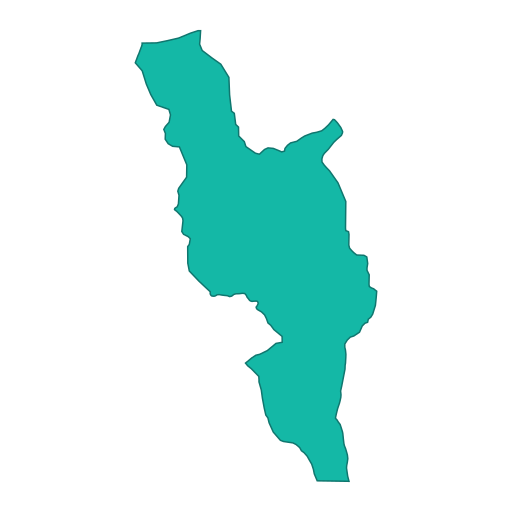 Bouar, Nana-Mambéré, Central African Republic (Robinson projection)
{"feature_id": "33826404B23664805641311", "entity_name": "Bouar", "entity_type": "district", "adm_level": 2, "iso_a3": "CAF", "parent_name": "Central African Republic", "parent_adm1": "Nana-Mambéré", "projection": "robinson", "projection_center": [15.492, 5.917], "detail": "fine", "context": "isolated", "style": "filled", "palette": "teal", "viewbox_px": 512, "rotation_deg": 0, "n_neighbors": 0, "source": "geoboundaries", "source_scale": "gbopen_adm2", "svg_char_len": 3460}
<svg xmlns="http://www.w3.org/2000/svg" viewBox="0 0 512 512"><path d="M259.0,381.9L261.3,390.0L262.4,398.1L264.2,407.9L265.8,415.0L267.9,417.9L269.1,422.8L273.3,432.1L280.4,440.3L283.5,441.5L287.6,442.1L292.9,442.9L296.1,444.5L299.7,447.6L301.4,450.7L304.1,452.7L307.2,456.2L309.2,459.8L311.7,464.1L313.4,469.3L314.3,473.9L317.2,480.8L349.0,481.3L347.7,476.3L346.5,468.0L346.7,465.5L347.3,462.4L347.8,458.7L347.4,455.0L346.6,452.1L345.6,448.7L344.4,445.7L343.9,443.6L343.3,438.5L343.1,436.3L342.8,433.5L342.5,431.9L341.5,428.7L340.6,425.9L340.1,424.4L338.2,421.9L337.0,419.9L335.5,418.3L335.7,416.8L336.4,413.6L337.6,408.7L338.4,406.3L339.4,403.4L340.1,400.7L340.8,397.4L341.0,394.9L340.8,392.8L340.6,391.0L341.7,386.1L345.0,369.1L345.1,365.5L345.5,363.1L345.6,361.1L345.8,357.6L345.9,354.4L345.6,351.3L345.4,349.7L344.8,347.3L344.8,344.0L347.3,340.0L350.3,337.1L353.8,336.0L359.5,332.2L361.5,327.7L362.2,326.0L365.0,323.2L367.6,322.3L368.3,319.2L370.8,317.2L372.7,314.1L375.0,306.7L375.4,305.4L375.8,301.6L376.1,298.5L376.4,295.2L376.7,291.2L374.6,289.6L373.7,288.8L371.4,287.9L369.3,286.5L369.0,284.3L369.2,274.8L368.2,272.8L367.0,270.3L367.0,267.9L367.7,263.5L366.8,257.0L365.2,256.0L363.9,255.3L359.0,255.1L356.7,255.0L353.7,252.6L351.7,250.6L349.6,248.2L348.8,245.1L349.0,234.4L348.5,231.7L345.8,230.6L345.5,228.3L345.8,201.5L338.0,182.9L329.5,170.8L326.6,167.8L324.2,165.1L322.0,162.0L321.9,158.9L322.8,155.7L324.3,153.4L328.3,149.3L333.7,142.4L336.7,139.5L339.1,137.4L341.4,135.4L342.5,132.8L342.6,131.5L340.8,127.5L339.7,126.0L337.7,123.2L336.5,121.8L334.5,119.7L333.1,119.4L328.5,124.9L324.8,128.4L321.7,130.8L316.6,132.3L312.2,133.1L304.7,136.0L301.3,138.1L296.8,141.3L290.6,142.9L287.5,145.3L285.0,148.4L284.5,151.1L281.7,151.9L278.5,150.5L273.3,148.4L268.0,147.9L264.5,149.5L259.4,154.2L255.4,153.2L245.9,146.6L244.3,141.6L238.7,136.0L238.5,127.1L235.7,124.4L234.3,113.3L231.5,111.2L229.6,94.9L228.9,77.4L220.8,64.2L211.9,57.9L202.2,50.5L199.6,44.2L200.1,38.9L200.6,30.7L198.0,30.7L190.6,33.1L178.5,38.1L167.3,40.7L156.6,42.9L142.1,43.1L142.1,44.6L141.5,46.7L141.1,47.5L140.8,48.4L140.3,49.8L140.1,50.2L139.5,51.9L138.8,53.8L138.0,55.5L137.3,57.3L136.7,59.1L136.0,60.8L135.6,62.0L135.4,62.6L135.3,62.8L142.2,70.8L146.3,84.0L150.8,94.6L156.8,105.2L168.9,109.4L170.5,114.9L169.1,122.3L165.4,126.5L163.8,129.4L165.4,133.4L165.2,139.2L168.2,143.7L172.6,146.3L179.4,146.9L186.8,164.8L186.6,177.2L178.7,188.3L177.8,191.2L179.0,195.3L178.4,203.9L177.2,206.8L175.7,207.7L174.8,208.4L174.5,209.4L175.1,210.2L176.5,211.1L178.0,212.6L179.7,214.4L181.6,216.5L182.6,218.2L183.0,220.7L181.8,231.5L183.6,234.3L188.3,236.7L190.3,238.7L189.3,244.4L187.7,246.6L187.7,249.7L187.8,263.2L189.3,271.0L199.0,281.2L208.9,290.5L210.2,291.7L210.2,293.9L210.8,295.1L211.6,295.9L213.1,296.2L214.8,296.1L216.2,295.4L217.0,294.8L219.2,294.6L222.0,295.1L224.5,295.4L227.4,295.7L229.7,296.6L231.7,296.1L233.9,294.4L235.9,293.8L239.1,293.7L242.5,293.3L244.7,293.5L245.6,294.5L246.4,295.5L247.1,297.2L248.2,298.5L249.6,300.4L250.6,301.0L252.0,301.4L253.6,301.2L255.4,301.1L256.4,301.1L257.2,301.3L257.8,302.0L258.2,303.2L257.9,304.2L256.6,306.7L256.1,307.1L256.6,308.7L257.7,309.7L261.5,311.9L264.6,314.9L266.4,318.5L268.0,323.0L270.7,325.2L273.9,329.6L282.1,336.4L282.2,342.3L276.0,343.4L267.3,350.6L259.7,354.3L255.9,355.2L251.8,357.9L245.5,363.1L247.7,365.8L251.3,368.7L255.0,372.5L258.8,376.4L259.0,379.7L259.0,381.9Z" fill="#14b8a6" stroke="#0f766e" stroke-width="1.5"/></svg>